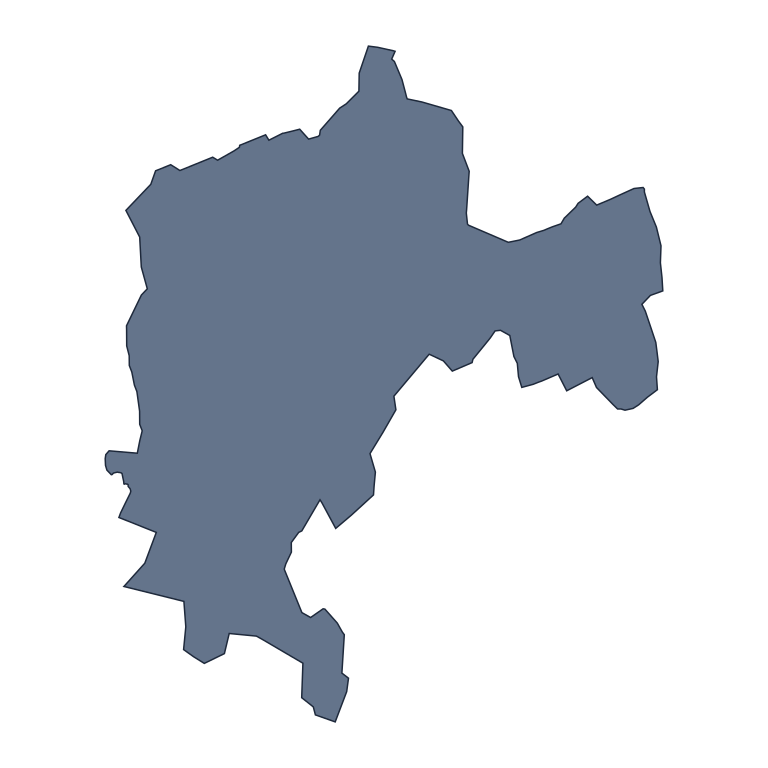 Jama'Are, Bauchi, Nigeria (Equal Earth projection)
{"feature_id": "59680162B54185205976265", "entity_name": "Jama'Are", "entity_type": "district", "adm_level": 2, "iso_a3": "NGA", "parent_name": "Nigeria", "parent_adm1": "Bauchi", "projection": "equal_earth", "projection_center": [9.925, 11.651], "detail": "fine", "context": "isolated", "style": "filled", "palette": "slate", "viewbox_px": 768, "rotation_deg": 0, "n_neighbors": 0, "source": "geoboundaries", "source_scale": "gbopen_adm2", "svg_char_len": 2676}
<svg xmlns="http://www.w3.org/2000/svg" viewBox="0 0 768 768"><path d="M662.8,290.9L662.0,277.6L660.4,262.8L661.0,245.8L656.4,227.1L650.0,211.5L644.4,192.0L644.4,189.1L643.1,187.5L634.0,188.5L619.9,194.9L610.7,199.2L596.7,205.1L587.6,196.2L578.1,203.3L575.7,207.1L564.9,217.6L564.4,218.0L561.0,223.8L552.4,226.8L547.2,228.9L544.0,230.3L536.7,232.5L519.7,240.0L508.3,242.3L468.5,225.2L467.5,224.1L466.3,213.0L466.6,209.7L468.9,175.3L469.2,171.3L462.4,153.4L462.8,126.9L458.3,120.8L451.4,110.5L422.0,102.0L407.2,98.9L406.5,96.9L405.6,93.3L402.0,79.6L394.4,61.5L391.7,59.1L395.1,51.3L393.5,50.8L377.7,47.3L368.4,46.1L359.2,73.1L358.9,91.2L346.3,103.8L339.7,108.1L320.3,130.3L319.6,135.1L318.2,136.4L308.6,139.1L299.7,129.2L293.9,130.7L283.7,133.2L282.8,133.2L268.9,140.2L265.6,134.8L239.7,145.3L239.4,147.3L234.0,150.9L217.6,160.2L212.7,157.2L179.9,170.5L170.7,164.7L155.6,170.8L150.8,184.3L125.9,210.4L139.7,237.1L139.7,237.3L141.3,267.0L147.3,288.8L141.4,295.0L126.5,325.8L126.6,329.6L126.7,345.9L127.4,348.6L129.2,355.7L129.3,365.5L131.8,372.0L134.4,385.1L136.9,391.6L139.6,411.2L139.7,424.3L142.2,430.8L139.8,440.6L137.3,453.2L109.1,450.8L105.8,454.6L105.2,458.7L105.5,465.4L106.9,470.1L111.3,474.7L112.2,474.5L113.4,473.1L114.9,472.7L117.5,472.1L118.4,472.4L119.6,472.5L121.2,472.9L122.0,473.5L122.2,474.4L123.0,478.3L123.4,480.1L123.6,481.0L123.8,482.4L123.8,483.3L124.1,484.1L124.7,484.1L125.2,483.8L125.6,483.8L126.2,483.9L126.6,484.1L127.3,484.1L128.0,484.5L128.2,485.0L128.1,485.7L128.2,486.5L130.1,488.7L130.8,491.1L130.3,493.1L125.9,502.0L125.4,503.0L120.6,512.9L118.9,517.5L156.3,532.4L144.8,563.2L123.9,586.5L183.9,601.4L185.8,626.8L183.6,649.6L193.7,656.8L204.3,663.4L224.4,653.6L229.2,633.5L256.4,636.1L262.5,639.5L302.9,663.2L301.7,697.7L313.3,706.9L315.4,714.9L335.2,721.9L346.7,691.6L348.5,678.2L341.9,673.1L344.3,634.7L342.3,632.0L337.3,623.1L324.9,609.1L323.1,608.8L310.6,617.5L301.9,612.6L284.4,569.6L284.3,568.9L285.8,563.9L291.4,552.1L291.3,542.5L298.7,532.4L301.8,530.9L320.0,499.8L321.8,502.6L335.7,528.4L351.3,515.2L373.5,494.9L374.1,486.0L375.4,472.1L370.0,453.6L377.8,440.8L383.0,432.3L395.9,409.8L393.9,396.2L429.1,354.3L429.4,354.3L443.4,360.9L452.3,371.1L472.1,362.6L472.9,359.3L485.3,344.1L490.3,337.9L495.1,330.9L500.5,330.3L509.8,335.5L513.9,356.5L517.3,363.3L518.5,376.7L521.8,387.4L533.2,384.3L538.5,382.2L541.6,381.1L558.1,374.0L566.7,390.8L592.2,377.6L596.5,387.5L612.9,404.4L617.6,409.0L621.1,409.0L625.0,410.2L633.1,408.4L638.7,404.8L647.3,397.3L657.4,389.7L656.5,376.8L657.4,368.7L658.2,361.6L656.9,350.9L655.8,342.4L651.5,329.5L645.3,311.1L641.9,304.3L650.4,295.4L662.8,290.9Z" fill="#64748b" stroke="#1e293b" stroke-width="1.5"/></svg>